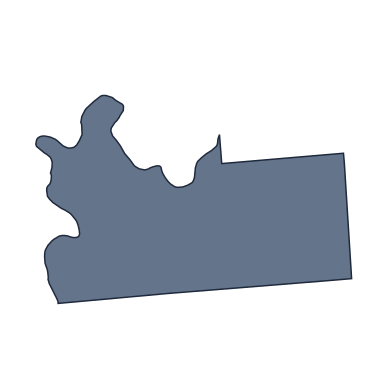 Meigs, Ohio, United States of America, rotated 172°
{"feature_id": "52423323B59957998601513", "entity_name": "Meigs", "entity_type": "district", "adm_level": 2, "iso_a3": "USA", "parent_name": "United States of America", "parent_adm1": "Ohio", "projection": "robinson", "projection_center": [-81.882, 39.04], "detail": "fine", "context": "isolated", "style": "filled", "palette": "slate", "viewbox_px": 384, "rotation_deg": 172, "n_neighbors": 0, "source": "geoboundaries", "source_scale": "gbopen_adm2", "svg_char_len": 1878}
<svg xmlns="http://www.w3.org/2000/svg" viewBox="0 0 384 384"><g transform="rotate(172 192 192)"><path d="M66.3,85.1L46.0,84.0L37.1,199.8L36.6,209.3L158.6,216.0L156.8,245.0L158.9,240.9L159.9,236.8L160.7,234.9L162.0,233.5L167.2,230.2L172.8,227.7L178.3,224.3L182.1,221.5L183.4,219.6L185.3,215.4L187.5,206.2L189.0,203.1L190.5,201.3L195.1,199.4L200.3,198.3L205.9,198.6L208.5,199.7L212.4,203.2L214.3,205.9L216.6,210.0L218.3,214.3L218.9,216.6L219.3,220.7L219.7,221.5L220.7,222.3L221.7,222.6L223.6,222.8L226.9,222.4L230.6,221.6L231.4,221.0L235.6,220.4L240.8,222.2L243.4,224.1L245.4,225.9L248.9,232.5L253.4,239.6L256.5,247.6L259.6,253.5L262.8,258.5L263.9,263.7L263.1,266.4L262.6,267.1L258.6,271.7L256.7,272.9L253.6,276.1L252.9,277.4L248.8,282.1L247.9,286.0L248.1,287.2L248.7,288.5L254.6,293.2L257.6,296.5L258.5,297.0L263.9,299.6L266.9,300.0L268.9,299.7L276.6,295.3L285.1,289.4L286.7,287.7L290.6,282.1L292.4,276.4L291.9,274.4L292.8,264.3L296.2,258.8L299.7,254.5L301.9,253.1L303.2,252.6L306.0,252.4L309.0,252.9L313.3,255.6L318.5,261.8L320.1,263.3L324.3,265.9L326.6,266.8L330.4,268.0L332.7,268.2L334.6,268.0L336.5,267.3L338.0,266.2L338.8,264.8L340.0,261.1L339.6,258.8L332.8,251.3L330.5,249.4L327.9,246.6L326.9,244.6L326.4,241.6L326.3,240.7L327.3,235.6L329.5,230.4L329.1,229.5L329.0,227.5L329.6,224.3L330.4,222.0L331.5,219.9L334.1,217.8L335.2,216.2L335.7,213.6L335.7,207.9L334.1,204.8L331.1,200.8L323.7,194.0L320.1,191.6L316.4,188.5L314.8,186.8L311.8,181.9L310.3,179.0L309.4,174.9L309.0,170.0L309.1,166.2L309.9,164.4L310.9,163.6L312.3,163.1L314.9,163.2L317.5,163.9L321.5,165.9L324.3,166.7L326.5,167.0L329.6,166.8L335.3,164.4L337.5,163.1L342.0,159.3L344.7,155.7L345.7,154.0L346.5,151.2L347.0,148.4L347.4,141.8L346.1,135.2L346.0,132.6L346.2,127.4L346.7,125.4L346.1,121.2L341.0,106.1L339.9,102.4L340.1,100.3L230.6,94.9L66.3,85.1Z" fill="#64748b" stroke="#1e293b" stroke-width="1.5"/></g></svg>